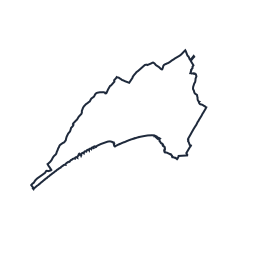 outline of Coveñas, Sucre, Colombia, rotated 204°
{"feature_id": "7082276B10536000233920", "entity_name": "Coveñas", "entity_type": "district", "adm_level": 2, "iso_a3": "COL", "parent_name": "Colombia", "parent_adm1": "Sucre", "projection": "natural_earth1", "projection_center": [-75.653, 9.406], "detail": "fine", "context": "isolated", "style": "outline", "palette": "slate", "viewbox_px": 256, "rotation_deg": 204, "n_neighbors": 0, "source": "geoboundaries", "source_scale": "gbopen_adm2", "svg_char_len": 5703}
<svg xmlns="http://www.w3.org/2000/svg" viewBox="0 0 256 256"><g transform="rotate(204 128 128)"><path d="M136.6,193.5L137.9,192.7L138.3,192.3L142.0,184.2L143.0,182.5L143.4,180.8L143.9,179.4L144.5,176.8L144.4,176.6L144.3,175.7L145.3,169.8L149.9,169.5L151.7,169.6L152.8,169.4L154.8,169.9L155.6,169.9L156.7,170.2L157.1,170.2L158.6,169.8L159.0,169.9L159.3,168.3L160.1,166.0L159.3,164.8L160.8,160.0L161.5,159.1L161.9,155.1L161.9,151.5L162.0,150.9L162.7,150.4L162.9,150.4L163.4,151.0L165.0,150.7L168.4,149.1L170.4,147.7L171.1,147.0L171.7,145.5L171.8,143.3L171.9,142.7L173.4,140.1L173.6,139.3L173.7,137.3L173.8,136.6L174.6,135.4L174.9,134.6L176.2,132.5L176.6,131.2L177.1,129.8L177.3,128.2L177.1,124.7L176.5,123.6L176.3,122.0L177.6,118.3L178.0,114.9L178.4,114.1L179.9,109.9L179.9,109.6L179.9,109.2L179.3,109.0L179.1,108.6L179.1,108.1L179.3,106.9L180.0,105.1L180.0,104.6L179.8,103.5L179.6,101.6L179.7,100.8L180.3,98.9L180.4,98.3L180.5,95.0L180.2,92.9L179.9,91.7L179.9,91.1L180.2,90.3L180.3,89.5L180.8,88.4L181.4,87.9L182.5,86.1L182.7,85.7L183.3,84.6L183.4,83.5L183.3,82.3L183.5,81.1L183.3,78.7L183.4,77.7L183.1,75.3L183.2,75.0L183.3,74.3L184.1,72.6L184.5,71.1L184.6,70.3L184.8,67.5L185.3,65.5L186.3,63.2L186.8,62.3L185.2,61.1L183.3,60.0L181.0,58.5L181.1,58.3L181.3,58.5L182.3,57.0L183.0,56.3L183.3,56.2L183.9,56.1L184.4,55.9L184.8,55.9L185.1,55.6L185.3,55.3L185.3,54.9L185.6,53.2L187.5,49.9L190.3,45.2L190.8,44.1L191.1,43.2L191.4,42.6L191.4,42.1L191.6,41.5L191.8,39.7L192.1,39.1L192.5,38.7L193.2,36.5L191.7,35.6L190.6,35.1L190.1,34.7L190.3,34.1L189.4,33.7L189.4,34.1L189.2,34.7L187.6,38.2L187.1,38.8L186.6,38.6L186.9,38.9L186.8,39.3L186.4,40.4L185.8,41.4L185.4,42.5L184.9,43.5L184.5,44.1L183.9,45.5L183.5,46.3L183.2,46.6L183.2,47.0L182.4,48.4L182.1,49.0L181.8,49.2L181.5,50.2L181.0,51.2L180.5,51.8L179.8,53.6L179.2,54.3L178.6,55.7L177.8,56.9L176.9,58.8L176.4,59.4L176.2,60.0L175.8,60.9L175.4,61.6L175.0,61.9L174.4,63.3L173.4,64.4L173.3,65.1L172.9,65.9L172.2,66.8L172.0,67.4L171.6,68.1L170.7,68.8L170.3,68.9L170.5,69.1L170.5,69.3L169.9,71.0L169.6,71.5L169.2,71.8L169.2,72.1L168.8,72.7L168.3,73.1L167.7,73.3L167.6,74.0L167.1,75.5L166.4,76.1L166.0,77.2L165.0,78.1L164.1,78.4L164.3,78.7L164.3,79.0L163.9,79.9L163.4,80.3L162.2,80.2L162.5,80.7L162.6,81.3L162.4,81.9L161.8,83.3L162.3,83.7L162.3,84.1L162.1,84.6L161.6,84.3L161.0,84.5L160.8,84.5L160.5,84.2L159.9,84.0L159.6,83.7L159.6,84.2L160.1,85.1L160.2,85.6L159.3,86.9L158.8,87.1L158.1,86.9L158.3,87.8L158.2,88.6L158.0,89.0L157.8,89.0L157.4,89.4L156.5,89.5L156.6,90.7L156.3,91.3L155.6,92.0L155.2,92.1L154.6,91.8L154.8,92.3L154.8,93.0L154.3,93.7L153.4,93.9L153.0,93.8L153.2,94.7L153.1,95.2L152.7,95.8L152.3,95.8L152.0,95.9L151.4,95.5L151.2,95.7L151.6,96.2L151.7,96.8L151.5,97.1L151.2,97.3L150.9,97.0L151.1,97.6L150.8,97.8L150.6,97.8L149.7,97.4L149.4,97.8L149.5,98.3L149.4,98.4L148.9,99.3L146.3,102.3L142.4,106.0L141.0,107.3L139.9,108.0L138.9,108.5L137.4,108.8L136.8,108.7L136.6,108.9L136.0,108.9L135.5,108.8L135.0,108.2L134.8,108.7L134.3,108.3L134.4,108.0L134.2,107.7L133.6,106.4L133.3,106.1L133.0,105.9L132.7,105.8L132.4,105.8L132.1,106.4L129.5,109.6L129.4,109.5L129.2,109.7L127.6,111.6L125.9,113.4L125.5,113.6L123.8,115.5L123.7,115.6L123.6,115.8L123.1,116.2L122.3,117.1L120.9,118.4L120.5,118.9L119.9,119.3L118.1,121.1L118.0,120.9L114.5,124.1L114.4,124.0L112.9,125.2L109.7,127.4L107.0,129.2L103.6,130.9L101.2,131.9L100.5,131.9L100.4,131.3L99.3,131.9L98.3,131.9L97.9,131.7L97.5,131.0L97.6,130.7L98.0,130.8L98.1,130.7L96.9,130.3L96.9,130.5L97.3,130.6L97.3,130.9L97.1,131.1L96.8,131.4L95.8,131.5L95.0,131.4L95.3,131.1L94.9,130.9L95.0,130.7L94.9,130.5L95.0,130.3L94.6,130.2L94.3,130.0L94.1,129.2L93.9,128.9L93.2,128.7L92.9,128.4L91.7,127.6L91.3,127.5L91.1,127.6L90.8,127.4L90.2,127.6L89.8,127.4L89.1,126.9L89.1,126.2L88.4,126.1L88.4,125.8L86.7,125.5L85.7,123.9L85.6,123.6L85.9,123.4L85.8,123.0L85.9,122.9L85.7,122.5L85.7,122.3L85.7,122.1L85.4,122.1L85.1,121.9L85.0,121.6L85.1,121.3L84.8,120.9L84.4,120.7L82.8,121.2L82.6,121.3L79.9,121.2L78.6,121.4L78.6,121.1L77.4,121.0L76.4,120.5L76.1,119.7L75.8,119.6L75.6,119.4L75.1,119.7L74.8,119.6L74.3,119.8L72.5,119.8L72.3,120.1L70.5,119.5L70.3,120.1L70.3,120.9L70.2,122.9L70.3,123.1L62.8,127.0L63.0,127.7L64.4,128.7L64.5,128.8L63.7,135.7L63.6,136.3L63.4,136.6L63.4,137.6L64.7,137.6L66.8,139.8L67.7,140.3L67.9,140.6L67.9,141.6L68.6,142.0L68.7,142.7L68.1,148.7L68.1,149.2L67.6,154.2L67.2,157.0L66.9,158.6L66.8,161.9L66.5,163.2L66.5,164.0L65.8,169.3L65.7,171.7L65.4,172.8L65.4,173.5L65.3,174.3L65.2,175.2L65.0,176.5L64.9,178.7L65.5,178.7L66.9,179.2L67.6,179.1L69.0,179.4L70.3,179.4L71.3,179.1L71.9,179.1L72.8,179.5L73.4,180.0L74.0,180.7L73.8,181.0L74.2,181.0L74.3,181.0L75.4,181.7L76.0,182.4L76.4,183.1L76.9,184.2L77.7,185.1L78.3,186.2L79.5,186.5L80.1,186.5L81.2,186.9L82.0,187.6L82.9,188.8L84.5,190.1L85.2,192.0L85.6,195.8L85.4,196.6L85.4,197.5L85.9,199.4L86.3,200.3L86.4,201.2L86.5,203.0L87.8,204.6L88.1,204.5L89.0,204.9L89.6,204.3L89.8,204.3L89.9,204.7L90.1,204.8L91.7,203.8L92.2,203.6L92.8,203.7L93.3,203.5L93.3,204.0L93.5,204.4L93.4,205.0L93.6,205.4L93.6,206.3L94.0,206.6L94.0,206.9L93.7,207.5L93.7,208.2L93.4,209.0L94.0,210.2L93.7,211.9L96.8,214.0L98.0,214.9L97.0,218.7L96.5,220.0L97.3,220.5L98.2,216.9L98.6,216.0L98.9,215.7L99.2,215.7L99.8,216.0L100.3,216.6L101.9,218.0L102.7,218.1L103.2,218.4L106.5,221.7L107.3,222.3L107.9,220.7L109.3,216.8L110.2,215.1L113.6,210.4L114.1,209.4L115.4,207.6L116.4,205.7L117.1,204.6L118.0,203.4L118.8,202.7L119.2,202.1L119.8,201.6L120.8,200.2L121.0,199.1L120.8,198.1L120.6,195.8L120.6,195.5L120.8,195.3L121.9,195.3L123.3,195.8L124.0,196.1L124.8,196.3L128.1,196.8L130.1,197.8L131.7,198.0L132.1,197.7L133.3,196.2L135.9,193.4L136.6,193.5Z" fill="none" stroke="#1e293b" stroke-width="2"/></g></svg>